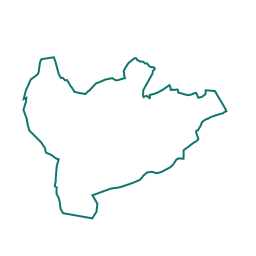 Gwarzo, Kano, Nigeria (orthographic projection), rotated 350°
{"feature_id": "59680162B96182902271382", "entity_name": "Gwarzo", "entity_type": "district", "adm_level": 2, "iso_a3": "NGA", "parent_name": "Nigeria", "parent_adm1": "Kano", "projection": "orthographic", "projection_center": [7.983, 11.901], "detail": "fine", "context": "isolated", "style": "outline", "palette": "teal", "viewbox_px": 256, "rotation_deg": 350, "n_neighbors": 0, "source": "geoboundaries", "source_scale": "gbopen_adm2", "svg_char_len": 2267}
<svg xmlns="http://www.w3.org/2000/svg" viewBox="0 0 256 256"><g transform="rotate(350 128 128)"><path d="M164.8,74.2L164.2,73.0L163.1,72.4L161.7,72.2L160.3,71.5L159.5,70.4L158.4,68.5L158.1,67.8L156.1,67.4L154.4,65.4L151.5,64.6L150.0,63.4L148.9,62.7L148.7,62.0L148.4,61.1L147.7,60.5L146.6,60.5L145.1,61.2L139.6,64.2L134.7,69.6L133.6,71.2L133.6,72.1L133.6,74.0L133.3,75.6L133.6,77.2L133.7,77.7L133.7,78.4L132.3,78.5L130.1,78.6L126.2,79.2L124.3,78.9L122.7,77.7L121.9,76.8L121.3,76.3L119.1,76.2L114.1,76.4L105.4,78.4L104.3,78.5L96.3,84.5L95.0,85.0L91.9,87.2L81.6,83.2L80.5,80.3L79.7,78.5L78.7,76.7L76.4,70.3L74.3,70.1L72.4,67.3L70.5,66.9L70.4,66.6L69.1,62.5L68.1,50.6L67.3,45.5L54.7,45.2L52.9,47.7L50.7,54.3L49.9,57.0L48.7,59.0L48.0,59.7L40.7,63.3L33.9,73.4L30.3,81.4L33.1,80.6L32.0,84.6L28.2,91.9L29.4,99.0L29.9,101.8L29.8,107.2L30.4,113.3L40.0,127.1L42.6,133.0L43.0,138.0L47.8,141.2L50.8,144.4L52.8,146.2L54.3,146.7L51.1,153.5L47.9,165.8L47.6,167.9L45.7,172.4L47.5,174.3L47.2,174.9L46.2,180.4L47.7,185.3L47.9,189.6L47.5,195.8L49.2,200.6L77.1,210.8L82.4,205.0L84.7,197.4L81.6,188.7L81.3,188.1L93.6,185.9L99.5,184.9L101.0,184.7L108.3,185.0L111.5,184.7L122.7,183.0L130.3,181.3L132.7,179.7L133.0,179.3L134.8,177.6L139.2,175.1L144.0,175.3L145.9,176.3L148.3,177.4L151.4,177.4L153.6,177.0L161.0,174.6L161.4,174.4L161.8,174.4L162.5,174.2L164.0,173.2L165.8,172.2L169.9,167.7L172.3,166.7L177.3,167.9L177.7,166.3L178.9,159.6L189.1,154.4L193.5,152.6L195.4,151.0L194.3,144.0L194.7,142.7L196.5,142.4L199.9,138.4L202.0,135.0L205.8,133.1L209.1,132.6L211.1,131.6L221.4,130.1L223.6,130.1L224.9,129.4L226.4,128.9L227.8,128.5L226.8,124.8L221.5,110.9L220.1,106.8L215.4,105.4L211.0,104.4L210.2,108.1L206.2,110.2L202.5,110.4L201.3,105.4L199.3,105.2L196.7,106.0L192.7,106.1L188.3,104.1L187.2,103.5L184.1,102.1L183.5,101.4L183.8,99.8L183.5,99.0L183.5,98.8L182.5,98.6L181.1,98.5L179.6,98.4L178.7,97.9L178.3,98.1L178.0,98.2L177.1,98.1L176.7,97.7L176.8,95.2L176.3,93.0L171.0,95.4L169.7,96.0L168.3,96.6L167.9,96.7L167.0,97.1L165.7,97.5L164.2,98.0L162.0,98.5L159.9,98.9L158.7,99.0L157.5,99.1L155.1,99.3L155.1,100.5L154.9,101.8L154.4,102.4L152.1,99.6L150.2,99.8L148.6,100.2L148.5,98.9L149.5,93.6L153.1,89.1L161.6,78.6L162.3,76.4L164.8,74.2Z" fill="none" stroke="#0f766e" stroke-width="2"/></g></svg>